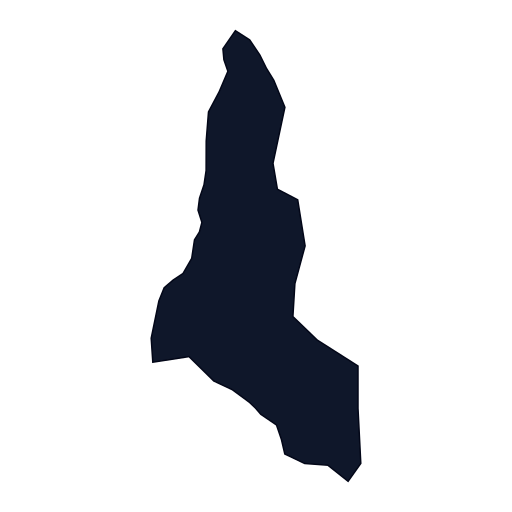 Luuka, Natural Earth projection
{"feature_id": "UGA-5592", "entity_name": "Luuka", "entity_type": "District", "adm_level": 1, "iso_a3": "UGA", "parent_name": "Uganda", "parent_adm1": "", "projection": "natural_earth1", "projection_center": [33.351, 0.802], "detail": "fine", "context": "isolated", "style": "filled", "palette": "ink", "viewbox_px": 512, "rotation_deg": 0, "n_neighbors": 0, "source": "natural_earth", "source_scale": "10m", "svg_char_len": 711}
<svg xmlns="http://www.w3.org/2000/svg" viewBox="0 0 512 512"><path d="M152.8,362.2L151.2,338.2L158.9,300.9L164.2,287.7L173.2,280.0L183.0,273.5L191.7,258.4L194.5,239.8L199.4,232.0L201.9,222.4L198.0,210.1L199.5,198.2L204.0,184.8L206.1,170.6L206.2,141.0L208.5,111.9L219.2,91.7L227.9,71.3L223.9,59.7L222.9,48.8L235.4,30.7L249.7,39.9L259.9,55.1L266.3,68.1L273.8,80.3L284.9,107.3L273.0,163.3L277.4,189.2L297.7,199.8L305.1,245.9L294.9,283.6L292.9,316.6L317.3,340.1L358.0,366.0L358.0,408.4L360.8,463.4L348.1,481.3L327.8,465.2L304.7,463.5L284.8,454.0L281.4,439.4L276.5,425.0L260.8,414.3L255.4,408.0L249.4,402.3L232.3,389.7L213.8,381.0L189.0,356.6L152.8,362.2Z" fill="#0f172a" stroke="#020617" stroke-width="1.5"/></svg>